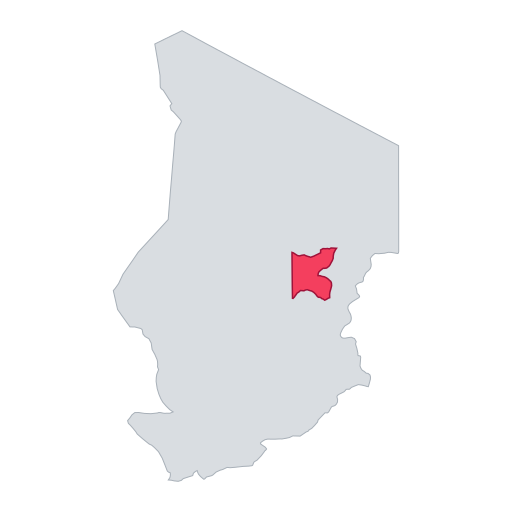 Biltine, Wadi Fira, Chad shown in context
{"feature_id": "50815135B98948114650625", "entity_name": "Biltine", "entity_type": "district", "adm_level": 2, "iso_a3": "TCD", "parent_name": "Chad", "parent_adm1": "Wadi Fira", "projection": "mercator", "projection_center": [20.967, 14.969], "detail": "fine", "context": "in_parent", "style": "filled", "palette": "rose", "viewbox_px": 512, "rotation_deg": 0, "n_neighbors": 0, "source": "geoboundaries", "source_scale": "gbopen_adm2", "svg_char_len": 4842}
<svg xmlns="http://www.w3.org/2000/svg" viewBox="0 0 512 512"><path d="M398.6,145.7L398.6,158.5L398.6,171.3L398.6,184.0L398.7,196.7L398.7,209.4L398.7,222.0L398.7,234.6L398.7,247.2L398.7,251.4L398.4,253.0L398.2,253.2L397.7,253.5L391.2,252.4L388.4,252.3L384.5,253.2L378.7,253.7L374.9,253.5L372.3,255.7L370.3,258.3L371.2,264.5L371.0,266.6L370.2,268.7L368.5,270.6L366.7,272.0L365.6,273.3L364.3,276.1L363.4,277.5L363.5,279.2L363.1,281.1L362.1,282.0L359.4,282.7L357.6,283.6L356.2,284.9L355.3,285.9L355.8,287.2L356.5,288.9L356.9,291.7L357.1,293.3L358.5,294.6L359.3,295.6L359.6,296.7L358.8,297.7L355.5,299.7L354.2,300.5L352.6,301.5L352.1,301.9L349.7,303.8L348.4,305.5L347.9,306.9L347.9,308.8L349.1,311.7L350.5,314.2L351.0,316.0L351.3,318.0L351.1,320.0L350.5,321.6L349.3,323.1L344.7,326.0L342.5,329.1L340.7,332.9L340.2,335.0L340.7,336.3L341.7,337.5L343.0,338.1L345.0,338.2L348.3,337.6L351.3,337.2L354.5,338.6L356.2,341.7L355.5,344.0L356.8,348.2L357.9,353.3L357.8,355.0L358.2,355.6L360.3,356.0L360.7,357.2L360.0,366.0L361.0,368.5L362.3,370.3L363.9,371.2L365.4,372.4L366.2,373.2L368.0,373.4L370.0,375.0L370.5,377.1L370.4,379.2L369.2,383.7L368.3,386.7L367.1,386.5L364.8,385.8L361.9,385.1L358.3,384.6L355.0,385.9L351.4,387.4L350.2,388.6L349.2,389.3L347.6,389.2L346.1,389.4L345.3,390.5L344.0,391.8L338.8,394.4L337.7,395.3L337.0,396.2L337.0,397.3L337.6,399.4L337.5,402.0L336.4,404.1L335.0,405.5L333.5,406.1L332.2,406.4L331.3,407.2L328.6,412.0L327.4,412.9L325.0,412.8L318.1,420.0L317.5,422.1L314.9,425.1L311.7,428.4L308.9,430.0L308.7,430.6L307.9,431.3L306.1,432.0L300.1,436.1L292.8,435.9L289.5,437.5L286.4,438.2L281.8,439.0L280.4,438.9L274.5,439.2L267.6,439.1L265.0,439.7L262.5,441.2L260.7,442.6L260.4,443.0L260.7,443.6L260.6,444.0L265.4,447.3L266.6,449.0L265.4,450.5L264.8,450.8L264.0,452.1L261.2,455.8L256.9,460.3L254.7,461.5L253.8,462.3L252.6,465.3L251.9,465.7L248.9,466.1L243.1,466.4L235.0,467.3L230.1,467.7L227.1,467.4L222.9,469.4L221.3,469.9L220.4,470.1L216.2,472.0L212.7,475.1L211.5,475.7L206.5,477.0L204.6,479.0L203.7,479.2L200.5,476.5L198.4,474.0L197.3,471.4L197.2,470.6L196.6,470.8L194.9,471.9L193.4,473.2L192.7,475.6L187.6,477.2L183.3,478.6L181.3,480.4L178.2,481.3L174.3,480.9L171.3,480.2L168.3,480.0L169.8,477.8L170.3,476.1L170.4,474.1L170.2,472.7L168.5,472.1L167.3,471.0L164.8,464.6L162.2,458.1L158.5,451.7L154.5,447.6L151.6,445.1L150.6,444.7L149.1,444.0L148.1,443.2L142.8,438.9L137.2,434.0L135.8,431.7L133.1,428.4L130.0,424.9L128.4,423.4L127.6,420.6L129.8,418.0L132.0,414.8L134.8,412.6L138.5,412.5L144.4,413.4L150.9,413.7L157.3,413.0L158.9,412.5L160.6,412.6L164.0,413.3L170.0,413.2L173.1,411.9L169.7,409.6L166.2,406.1L162.8,402.2L160.8,398.7L158.9,394.2L157.2,388.6L156.1,381.4L156.3,377.3L156.8,374.3L158.6,369.6L157.5,366.8L157.7,364.5L157.5,361.2L157.0,359.4L154.6,353.9L154.2,353.3L152.1,349.4L151.2,343.0L148.9,338.7L145.1,336.6L143.0,334.1L142.2,329.7L140.8,328.5L134.9,327.0L130.0,326.9L126.4,321.9L121.8,315.5L117.6,309.5L114.9,297.5L113.3,290.6L115.1,288.5L118.6,283.6L123.0,274.2L133.1,259.7L138.2,252.2L148.5,241.0L161.1,227.3L168.2,219.5L169.3,205.3L170.5,190.3L171.5,178.9L172.6,165.4L173.6,154.0L174.3,145.7L175.2,134.0L176.1,131.7L181.0,122.5L181.4,121.2L180.5,119.7L173.4,111.8L171.2,110.0L170.0,105.9L171.8,103.6L163.3,90.3L161.2,88.7L160.3,87.1L160.2,84.7L160.0,75.4L157.7,60.9L154.8,44.0L164.7,39.1L172.3,35.4L182.0,30.7L191.0,35.5L203.9,42.5L216.9,49.5L229.9,56.4L242.9,63.4L255.9,70.3L268.8,77.2L281.8,84.1L294.8,91.0L307.8,97.9L320.7,104.7L333.7,111.6L346.7,118.4L359.7,125.3L372.7,132.1L385.6,138.9L398.6,145.7Z" fill="#d9dde1" stroke="#a8b0b8" stroke-width="1"/><path d="M292.5,299.0L292.5,298.9L294.5,296.9L294.9,296.2L295.9,294.9L296.5,294.0L297.3,292.9L298.6,292.2L300.5,290.5L304.0,290.8L305.2,290.1L307.2,289.7L308.7,290.2L310.2,290.7L311.6,291.0L313.7,292.3L315.8,294.3L316.8,295.8L318.0,297.0L318.7,297.3L320.2,297.4L320.7,297.6L320.8,297.7L321.7,298.6L322.7,298.9L323.2,299.1L323.5,299.3L324.7,300.2L326.4,299.4L328.2,298.2L329.7,297.7L329.6,294.3L329.9,292.0L330.8,289.0L331.6,285.8L331.5,283.7L331.3,282.5L330.6,281.2L329.7,280.6L328.5,279.3L326.6,277.9L324.4,276.8L322.1,276.4L320.1,275.7L318.0,275.6L318.1,274.0L318.7,272.2L319.5,271.3L320.8,270.1L323.1,268.3L324.8,268.3L326.7,268.0L327.8,267.1L328.8,266.4L329.9,265.0L331.0,262.9L332.3,260.6L333.2,258.2L333.2,257.3L333.2,256.6L333.3,255.7L333.8,253.0L334.7,251.3L335.3,250.0L336.5,248.3L333.3,248.1L331.0,248.0L330.1,248.5L329.4,248.9L329.0,248.8L327.5,248.5L325.8,248.7L323.0,248.6L322.7,248.8L320.6,250.0L320.6,251.4L320.6,252.8L318.2,254.0L317.4,254.4L316.3,254.9L313.7,256.2L313.3,256.3L310.6,257.3L309.4,256.8L308.9,256.7L308.2,256.5L306.9,256.1L305.9,255.7L305.6,255.6L305.2,255.4L304.2,254.9L301.7,255.3L299.5,255.9L297.6,255.6L293.4,252.9L292.0,252.4L292.0,254.7L292.3,286.5L292.5,299.0Z" fill="#f43f5e" stroke="#9f1239" stroke-width="1.5"/></svg>